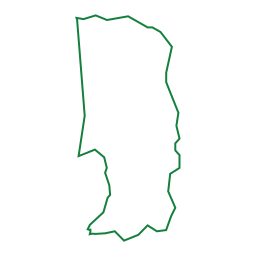 St Remy Estate, Soufrière, Saint Lucia
{"feature_id": "8701671B98989854041717", "entity_name": "St Remy Estate", "entity_type": "district", "adm_level": 2, "iso_a3": "LCA", "parent_name": "Saint Lucia", "parent_adm1": "Soufrière", "projection": "robinson", "projection_center": [-61.046, 13.818], "detail": "fine", "context": "isolated", "style": "outline", "palette": "green", "viewbox_px": 256, "rotation_deg": 0, "n_neighbors": 0, "source": "geoboundaries", "source_scale": "gbopen_adm2", "svg_char_len": 789}
<svg xmlns="http://www.w3.org/2000/svg" viewBox="0 0 256 256"><path d="M78.6,156.1L94.9,149.6L104.2,157.3L106.8,167.9L105.1,172.7L109.3,185.3L110.1,194.9L107.6,197.8L103.4,212.3L89.9,224.8L87.7,229.3L88.0,229.4L88.6,229.6L89.4,229.8L90.0,229.7L90.4,229.7L90.4,231.7L89.8,234.2L92.0,233.7L95.8,233.9L105.3,233.3L114.8,231.3L124.0,240.6L138.4,234.8L147.6,225.4L156.9,231.3L162.1,230.6L166.1,230.1L171.2,216.0L175.3,207.8L172.3,200.8L168.2,191.4L170.2,173.8L179.5,167.9L179.5,155.1L175.3,150.4L175.3,143.3L176.8,141.7L179.5,138.6L176.4,125.7L178.4,112.8L167.5,85.5L166.2,82.1L166.2,74.0L166.2,72.7L171.9,46.8L160.5,32.0L152.4,27.4L147.6,27.4L143.6,25.1L128.1,16.3L107.0,20.0L95.7,15.4L83.5,19.1L76.5,17.9L77.1,19.7L84.7,115.8L78.6,156.1Z" fill="none" stroke="#15803d" stroke-width="2"/></svg>